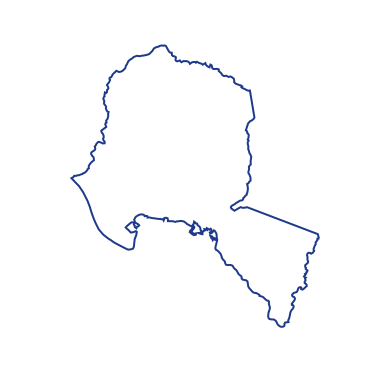 outline of Arroio Grande, Rio Grande do Sul, Brazil, rotated 79°
{"feature_id": "56859067B21343719092926", "entity_name": "Arroio Grande", "entity_type": "district", "adm_level": 2, "iso_a3": "BRA", "parent_name": "Brazil", "parent_adm1": "Rio Grande do Sul", "projection": "orthographic", "projection_center": [-52.86, -32.195], "detail": "fine", "context": "isolated", "style": "outline", "palette": "blue", "viewbox_px": 384, "rotation_deg": 79, "n_neighbors": 0, "source": "geoboundaries", "source_scale": "gbopen_adm2", "svg_char_len": 6013}
<svg xmlns="http://www.w3.org/2000/svg" viewBox="0 0 384 384"><g transform="rotate(79 192 192)"><path d="M233.5,189.3L232.4,188.0L232.2,186.6L230.8,186.9L231.1,185.4L232.0,184.4L230.5,184.2L232.2,182.2L231.6,180.7L232.5,180.2L233.5,180.3L234.6,181.1L235.3,182.3L236.4,182.1L235.8,180.0L233.8,177.8L234.8,176.9L237.5,176.0L239.5,176.1L241.0,176.4L244.0,176.4L250.4,179.4L251.8,179.8L253.3,179.5L254.3,178.2L256.3,176.8L258.3,175.7L261.0,175.2L262.4,175.3L265.0,174.0L265.8,173.3L266.8,173.0L268.3,173.0L269.9,172.5L270.6,170.6L271.0,168.0L271.8,166.6L272.6,166.0L274.4,165.5L275.9,164.5L277.1,163.4L281.7,161.8L284.1,159.7L285.2,159.5L286.4,159.8L287.6,159.1L289.1,155.6L290.4,154.6L295.5,154.8L297.0,154.3L301.6,151.6L302.7,150.4L303.6,147.9L305.9,145.4L306.9,145.6L308.0,143.2L308.9,142.1L311.8,140.1L313.0,138.9L313.4,137.7L314.7,137.4L316.6,137.9L317.6,137.8L320.1,137.5L322.3,138.3L324.8,139.8L326.5,140.4L328.9,141.0L330.4,140.9L331.4,140.3L331.9,139.3L332.9,135.7L334.7,134.2L338.6,133.1L340.8,131.2L341.4,130.0L341.6,128.4L341.2,127.1L340.1,126.5L338.9,126.4L337.9,125.4L338.1,122.1L336.5,122.1L333.3,120.1L329.7,118.7L328.5,118.1L327.0,116.9L326.0,115.5L325.1,114.7L323.8,114.0L322.5,114.3L321.9,115.5L320.8,115.4L317.9,112.1L316.1,111.2L314.7,111.7L313.8,113.1L312.7,113.5L311.8,113.2L310.5,111.5L310.2,108.4L309.2,107.4L306.8,106.0L306.2,105.1L306.0,103.8L306.7,103.0L308.1,103.4L308.9,102.3L308.5,101.1L306.2,97.3L305.1,97.2L303.9,97.7L303.0,98.7L301.7,98.6L300.2,97.3L298.5,97.6L297.8,96.7L297.2,97.7L296.3,98.2L295.0,96.5L294.0,96.7L293.8,95.4L292.6,95.2L292.2,94.1L291.0,93.6L290.2,94.4L289.1,95.1L288.1,94.6L286.9,95.2L285.4,94.8L283.7,91.9L282.8,91.3L280.4,91.6L277.7,91.0L276.1,91.2L274.9,90.7L273.9,89.5L274.3,87.7L275.3,86.8L274.8,85.2L273.1,83.3L272.1,83.7L270.9,83.4L267.9,81.6L267.1,80.7L266.1,80.3L265.0,80.3L263.3,78.2L261.7,77.8L261.9,76.7L260.8,76.3L257.3,76.6L217.4,140.9L217.5,142.9L217.2,145.3L216.1,147.2L218.5,153.9L215.6,156.6L214.1,156.7L213.1,155.5L212.0,152.1L211.3,151.0L209.6,146.2L209.8,144.5L209.1,143.3L207.7,142.8L207.1,141.6L205.9,140.4L205.1,138.8L204.1,138.6L203.3,137.9L200.2,136.7L198.2,136.3L196.9,136.4L196.0,136.2L194.7,136.5L193.9,134.6L192.8,133.8L192.1,132.4L189.0,131.8L185.5,132.4L184.2,133.0L183.0,132.8L180.4,131.6L177.9,131.3L176.2,129.1L172.6,128.5L168.9,127.1L166.1,127.6L164.8,128.2L161.9,128.3L160.8,128.7L158.3,128.0L155.7,128.1L153.8,127.8L152.4,126.6L151.1,127.3L150.3,126.5L146.9,125.4L145.6,125.8L144.8,126.5L143.8,126.3L142.6,126.6L141.8,127.4L135.5,123.9L133.6,121.5L133.2,119.8L132.5,118.4L131.8,117.3L130.8,116.5L103.4,115.8L103.4,117.2L102.6,118.6L100.5,121.2L99.7,122.6L98.5,123.5L97.9,122.6L96.7,123.6L96.3,124.7L93.8,128.7L92.1,129.7L90.4,129.2L88.7,129.4L86.9,131.0L85.9,132.2L86.1,134.0L84.5,136.1L84.2,138.7L83.0,139.9L80.9,140.7L78.3,142.7L76.8,142.3L76.0,143.8L75.4,147.3L74.6,148.3L71.5,148.5L70.5,149.6L73.0,151.0L72.1,152.3L70.2,153.9L68.0,154.3L69.1,157.1L67.8,158.2L66.9,160.1L65.1,162.4L65.8,163.5L64.9,164.2L64.6,166.9L65.8,169.6L64.4,170.0L63.5,170.7L62.3,172.6L62.4,173.7L61.8,175.0L62.6,177.6L61.7,178.3L60.6,178.7L60.9,181.5L60.4,182.5L59.2,183.0L56.7,182.1L55.4,183.4L54.9,184.8L54.0,185.5L51.4,185.3L51.2,186.5L50.1,187.5L49.2,188.0L43.8,189.7L42.9,190.8L43.0,192.1L42.4,193.6L42.4,195.8L43.0,197.3L42.9,199.0L43.7,201.7L44.8,203.0L45.9,203.9L48.5,207.8L48.8,210.7L48.8,214.0L48.6,215.6L48.8,217.2L47.8,220.1L48.4,223.6L49.4,225.1L50.1,227.2L51.5,229.6L54.1,231.4L55.5,232.8L56.7,233.3L58.1,234.3L59.9,237.2L60.3,238.8L60.3,240.7L58.6,243.2L59.5,244.4L61.3,247.3L63.8,249.3L64.1,250.9L65.2,251.5L66.3,251.0L68.4,252.4L70.7,255.1L72.9,254.3L74.1,254.2L74.9,254.8L75.6,255.9L77.7,256.4L78.5,257.6L77.7,258.5L80.3,259.5L81.4,259.5L82.1,260.5L83.5,261.3L86.0,260.7L87.8,261.4L88.9,261.4L91.0,260.3L92.2,260.1L93.3,260.6L94.4,260.5L96.8,259.8L97.6,258.6L99.7,259.6L101.2,259.6L104.0,260.9L104.9,262.0L105.9,262.8L107.5,262.6L108.0,263.8L108.9,264.2L111.8,263.8L114.4,269.3L115.4,269.4L116.7,269.1L117.8,268.4L120.3,268.0L121.8,268.4L122.8,269.2L124.0,269.1L126.2,268.1L127.5,268.5L127.2,270.6L126.4,271.4L125.0,273.8L125.2,275.0L126.9,277.0L127.8,277.5L128.7,278.8L129.9,278.6L131.7,278.9L132.5,279.9L133.5,282.5L134.2,283.4L135.3,283.8L137.7,283.0L138.6,282.2L140.4,282.0L142.1,282.2L143.7,285.2L144.8,286.6L146.4,288.1L147.7,288.7L149.1,288.7L149.6,290.0L150.7,290.8L152.1,292.7L152.6,293.8L152.8,295.2L153.5,296.1L153.5,297.6L154.0,300.0L153.7,301.5L154.1,302.9L153.6,304.5L154.7,305.6L155.4,307.7L164.8,301.7L171.5,298.9L180.5,296.3L186.6,295.2L192.6,294.6L199.7,293.5L204.3,292.5L210.4,290.8L211.5,290.3L215.8,287.9L217.6,286.7L222.2,282.6L223.6,281.0L226.1,278.7L228.6,275.8L235.7,266.8L236.5,265.2L236.6,262.4L236.3,260.6L234.3,259.4L227.4,257.3L223.6,254.9L220.6,253.8L219.7,254.6L220.2,257.0L220.2,259.7L216.5,262.1L215.5,263.1L214.1,263.8L213.1,262.5L210.6,258.1L210.2,256.9L210.6,255.7L211.8,254.7L212.9,255.3L214.1,254.6L215.4,254.9L217.0,253.5L215.6,252.6L215.4,251.1L214.6,250.2L213.6,250.8L211.1,253.6L208.2,254.1L206.9,253.1L205.5,251.7L204.4,248.7L204.2,247.0L204.5,245.0L205.3,243.6L206.7,243.1L206.6,241.7L207.2,240.5L208.6,240.6L208.6,239.3L210.0,236.0L212.0,230.1L212.4,228.2L213.2,226.6L213.0,225.5L214.5,225.2L213.4,224.4L212.3,224.0L212.3,222.4L213.1,221.0L214.6,220.9L216.0,221.2L217.0,216.5L218.2,214.0L217.9,212.5L218.2,211.1L218.1,209.3L218.6,207.4L219.4,205.6L221.3,203.8L222.4,203.1L226.1,198.5L227.5,198.4L229.0,200.0L229.7,201.2L230.9,201.9L233.5,199.8L234.7,198.4L234.7,196.4L233.6,196.0L233.9,197.3L233.0,198.2L232.3,199.3L231.4,199.8L230.1,199.5L227.9,196.9L226.8,196.4L224.6,197.6L223.5,196.4L221.5,195.6L222.6,194.6L223.6,194.3L224.0,193.1L225.5,192.8L227.7,191.1L228.9,190.7L230.4,190.9L231.8,190.6L232.6,189.8L233.5,189.3ZM238.7,182.3L241.1,181.7L242.0,181.0L243.2,180.8L242.3,179.8L243.5,178.1L241.9,178.3L240.7,180.3L239.3,180.9L238.7,182.3ZM233.5,189.3L234.3,190.4L233.6,191.5L233.5,193.4L234.7,191.5L235.4,189.8L233.5,189.3Z" fill="none" stroke="#1e3a8a" stroke-width="2"/></g></svg>